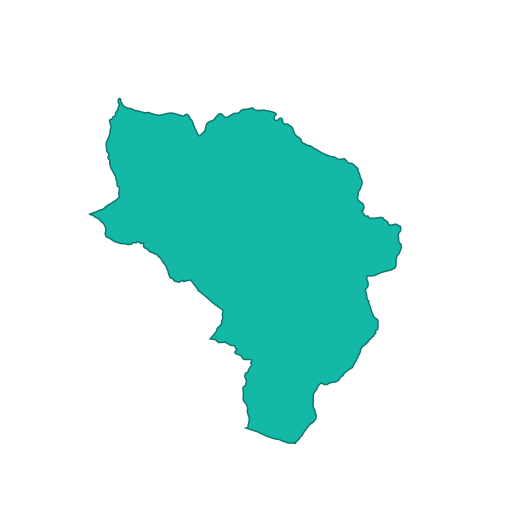 Betéitiva, Boyacá, Colombia (orthographic projection), rotated 253°
{"feature_id": "7082276B99729391048733", "entity_name": "Betéitiva", "entity_type": "district", "adm_level": 2, "iso_a3": "COL", "parent_name": "Colombia", "parent_adm1": "Boyacá", "projection": "orthographic", "projection_center": [-72.847, 5.922], "detail": "fine", "context": "isolated", "style": "filled", "palette": "teal", "viewbox_px": 512, "rotation_deg": 253, "n_neighbors": 0, "source": "geoboundaries", "source_scale": "gbopen_adm2", "svg_char_len": 6138}
<svg xmlns="http://www.w3.org/2000/svg" viewBox="0 0 512 512"><g transform="rotate(253 256 256)"><path d="M323.0,369.2L323.5,367.4L323.8,364.3L324.3,363.1L327.7,360.0L329.0,357.1L330.0,355.6L335.1,349.4L340.1,344.9L342.2,342.7L344.1,341.4L345.5,340.0L347.1,337.2L349.3,335.2L350.2,333.9L351.0,333.4L352.1,333.1L354.7,333.0L356.3,332.1L358.4,330.1L359.8,329.3L361.2,328.8L364.4,328.4L367.0,328.5L369.0,327.8L373.0,324.7L373.7,322.2L374.4,321.3L375.9,320.7L377.0,320.7L378.9,321.1L379.6,321.0L380.5,320.3L380.7,319.8L380.7,319.0L380.2,317.6L379.5,316.8L379.4,316.1L379.7,314.8L380.5,313.8L381.9,313.5L383.4,313.8L384.5,315.0L385.1,316.4L385.5,316.7L386.1,316.7L387.4,316.0L389.9,312.4L390.8,310.8L391.9,308.2L393.2,306.5L393.7,303.5L395.2,298.7L396.3,297.4L398.0,296.6L398.5,296.2L398.7,295.8L398.9,290.8L399.7,287.4L399.8,285.6L399.6,284.4L398.0,281.8L397.9,279.7L398.8,276.7L397.2,269.5L397.3,267.5L398.6,266.1L399.5,265.6L400.7,265.3L402.1,264.4L402.6,262.9L402.6,262.1L400.9,258.7L399.6,257.2L398.5,255.3L398.2,253.5L398.1,250.9L397.2,248.2L396.0,246.9L391.3,244.2L390.5,243.4L388.6,240.0L387.7,237.8L387.6,236.6L388.3,236.2L396.0,234.9L403.2,234.5L405.2,233.9L406.8,233.1L410.3,232.5L411.5,231.7L411.8,231.1L411.7,230.6L411.6,229.4L411.0,228.1L411.1,227.1L416.0,219.8L417.5,216.7L418.2,213.3L418.5,207.3L419.2,203.7L421.1,200.2L424.8,194.8L425.2,192.1L425.6,191.2L429.0,185.9L430.5,182.8L433.5,179.7L434.7,176.7L437.4,173.7L439.5,172.8L443.3,171.8L445.5,172.4L446.4,171.6L446.7,170.9L444.8,169.5L442.8,169.3L441.0,169.6L439.9,169.2L438.3,167.7L436.8,166.9L436.1,166.3L434.2,163.8L431.9,162.8L430.9,161.2L431.0,160.1L430.2,159.7L429.1,158.0L428.9,155.9L428.6,155.6L427.7,155.4L422.4,155.2L420.8,154.8L418.7,153.0L417.3,152.9L416.0,152.2L412.0,149.4L408.8,146.4L406.6,145.3L399.8,144.0L399.0,144.2L397.3,145.0L396.3,145.2L395.9,145.1L394.1,143.6L393.5,143.3L391.9,143.2L390.8,143.9L390.0,144.1L387.3,143.2L383.1,142.9L373.5,144.9L371.8,144.9L370.1,144.6L366.8,144.6L364.0,143.8L363.1,144.0L362.2,145.0L361.4,145.3L360.6,145.2L358.0,144.1L355.7,143.0L352.2,142.4L351.0,140.1L350.1,137.8L348.3,131.4L347.8,128.7L345.8,124.2L345.4,122.5L345.5,119.1L345.0,116.2L344.7,109.2L344.2,109.5L342.3,112.3L340.5,113.3L337.7,116.2L331.1,119.9L328.7,120.2L327.7,120.5L327.1,120.5L323.9,119.7L321.3,118.2L318.5,118.4L317.7,118.8L315.9,121.1L311.2,124.9L307.3,130.6L305.9,134.6L304.5,136.8L303.8,139.0L303.9,140.9L304.5,141.7L304.6,142.4L304.6,143.3L303.7,144.9L303.7,145.3L304.3,146.0L304.2,146.5L303.6,148.0L302.6,148.7L301.7,149.6L301.2,151.9L300.8,152.2L300.5,152.2L300.0,151.8L298.9,151.5L297.6,151.4L296.9,151.6L295.3,152.9L294.7,153.8L293.9,154.3L291.7,155.3L291.0,155.9L290.4,156.5L289.4,158.3L288.6,158.7L285.8,162.1L285.2,162.4L284.6,162.3L284.0,162.6L281.9,164.1L277.4,165.2L273.3,166.8L267.4,167.5L264.9,167.2L260.4,167.5L258.8,169.5L258.0,170.1L256.6,170.4L255.8,170.8L253.5,174.5L254.0,179.4L252.7,179.4L252.5,183.8L252.2,185.6L251.7,186.7L243.3,189.9L241.3,190.5L240.1,190.4L237.1,192.7L229.8,197.5L224.6,200.5L221.3,202.8L219.8,204.2L218.3,205.1L214.9,207.9L214.1,208.3L212.8,208.2L211.5,207.8L210.5,206.9L206.2,206.0L205.3,205.5L204.3,204.5L201.4,203.2L199.7,201.3L198.7,198.5L197.2,197.0L196.1,196.5L195.1,195.5L192.7,192.1L190.2,187.9L188.1,192.3L187.5,193.0L184.4,194.7L183.8,196.0L182.5,201.9L181.0,202.5L179.5,204.5L178.6,205.0L177.8,205.9L176.5,209.2L176.0,209.6L173.9,209.6L172.3,210.2L171.7,210.1L170.8,208.2L169.9,207.6L169.3,207.7L168.0,208.8L165.5,212.2L164.8,212.6L162.8,213.1L161.1,213.8L160.4,214.7L158.9,219.7L158.2,220.9L157.7,221.3L157.0,221.3L156.3,220.9L155.6,219.9L155.1,219.7L154.7,219.7L153.3,220.2L152.6,219.8L152.3,219.1L151.5,218.0L148.9,215.2L147.2,214.2L147.0,213.5L147.2,212.8L146.7,211.5L144.6,210.2L143.6,210.0L139.6,210.4L138.6,210.0L137.7,209.4L135.3,208.4L134.5,205.7L133.9,205.1L132.8,204.7L129.6,204.2L126.7,203.3L125.0,202.4L122.8,201.9L121.3,201.8L119.3,202.4L117.2,203.5L116.3,203.3L114.5,203.7L112.8,203.5L110.2,202.3L109.1,202.1L102.8,202.2L99.3,200.8L96.2,198.8L94.9,198.5L94.4,198.2L94.4,196.2L87.4,206.1L81.4,212.6L79.8,214.7L75.8,220.2L73.6,224.7L70.9,227.6L70.1,229.0L67.6,232.4L66.3,236.7L65.3,239.0L66.3,239.6L68.4,243.8L69.8,244.9L70.5,246.9L71.3,247.9L73.7,250.5L78.8,257.4L80.4,262.1L81.8,264.3L83.0,265.7L85.3,266.8L86.4,267.0L89.0,266.7L91.0,267.2L94.4,266.6L95.5,266.7L97.9,267.3L99.4,268.1L103.5,269.2L107.3,270.6L111.4,275.6L113.5,277.3L115.0,279.7L115.4,280.8L114.8,282.2L113.5,283.3L112.8,284.5L112.3,286.3L112.9,288.6L113.1,290.5L112.4,294.9L112.7,297.9L113.5,299.3L115.5,301.6L116.3,304.3L118.3,306.4L119.4,309.7L120.3,311.3L120.8,314.5L121.5,316.1L123.0,317.1L126.6,321.1L133.1,327.1L137.0,329.5L138.1,331.3L140.6,337.0L141.2,338.1L142.7,339.7L143.4,341.6L144.7,343.8L145.1,345.1L146.3,346.0L147.1,347.8L147.9,348.2L149.2,348.3L149.8,348.7L150.2,350.6L150.6,351.1L152.8,352.0L157.7,353.5L158.7,353.6L160.2,353.3L162.6,351.2L164.7,350.6L169.2,350.3L174.7,350.4L176.4,350.1L178.0,350.2L180.1,350.7L181.6,349.7L182.5,349.7L187.2,350.5L190.2,350.4L191.6,350.8L192.3,351.3L193.8,353.8L195.0,354.5L196.3,355.0L198.5,355.4L200.1,355.3L201.6,354.9L202.4,355.6L203.4,356.0L204.3,357.0L203.1,360.6L202.7,363.8L203.7,370.8L203.2,380.3L203.5,383.9L204.0,385.3L206.0,387.1L207.4,387.7L210.3,388.3L213.4,389.9L215.4,391.4L216.6,393.5L217.1,394.1L221.6,397.5L223.6,398.1L224.4,398.0L227.5,396.9L229.0,396.9L234.0,398.2L235.2,398.3L238.1,401.8L239.7,402.4L242.1,402.8L242.9,401.7L245.2,399.8L245.8,397.9L245.9,394.8L246.6,392.8L247.1,392.2L247.7,391.9L249.6,391.9L250.2,391.8L250.8,391.1L252.2,390.4L253.4,389.1L255.3,388.5L255.7,388.2L256.7,385.9L257.0,382.4L258.1,377.8L259.1,375.8L259.9,375.2L260.0,374.9L260.8,375.0L261.7,374.6L261.5,373.1L261.7,372.6L263.5,371.7L266.7,370.6L268.0,370.5L268.3,371.7L270.4,373.2L271.3,373.5L273.6,373.6L275.1,373.4L276.0,372.4L279.2,370.2L282.2,370.0L284.5,371.5L287.3,372.6L288.7,374.0L289.0,374.6L290.2,375.7L291.5,376.5L293.5,378.2L296.4,379.3L301.1,378.8L304.7,379.0L307.4,378.4L308.1,378.4L309.3,379.0L311.8,378.0L313.2,376.8L315.8,375.5L316.9,374.1L317.5,372.3L318.5,371.2L323.0,369.2Z" fill="#14b8a6" stroke="#0f766e" stroke-width="1.5"/></g></svg>